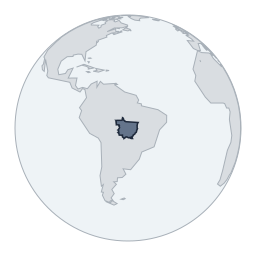 Mato Grosso highlighted on a globe, orthographic projection
{"feature_id": "BRA-602", "entity_name": "Mato Grosso", "entity_type": "State", "adm_level": 1, "iso_a3": "BRA", "parent_name": "Brazil", "parent_adm1": "", "projection": "orthographic", "projection_center": [-55.436, -12.685], "detail": "medium", "context": "on_globe", "style": "filled", "palette": "slate", "viewbox_px": 256, "rotation_deg": 0, "n_neighbors": 0, "source": "natural_earth", "source_scale": "10m", "svg_char_len": 6958}
<svg xmlns="http://www.w3.org/2000/svg" viewBox="0 0 256 256"><circle cx="128" cy="128" r="113" fill="#eef3f6" stroke="#a8b0b8"/><path d="M93.0,20.9L95.4,20.2L97.2,19.8L100.3,19.0L99.7,19.4L102.8,18.5L102.8,18.3L104.2,18.0L106.1,17.6L105.5,17.8L104.5,18.1L105.3,18.0L104.2,18.3L105.8,18.0L104.9,18.6L108.6,17.5L110.2,17.5L108.8,18.1L105.4,18.7L93.7,22.6L91.2,24.0L91.3,25.0L98.9,25.2L97.7,26.7L98.8,28.2L101.1,26.9L101.1,25.3L105.6,23.6L105.1,22.2L106.9,21.4L107.8,20.1L111.5,19.7L114.7,20.2L114.1,21.5L115.4,21.9L119.1,20.4L121.1,22.9L127.6,25.1L127.7,26.1L122.2,27.8L114.3,28.0L107.2,31.6L115.7,28.8L115.8,31.7L117.4,32.2L119.7,32.0L121.2,30.8L122.0,31.9L113.9,34.6L113.0,33.7L115.6,32.7L111.9,33.0L106.4,35.5L106.9,37.1L98.1,40.2L98.4,41.5L96.6,43.1L96.8,40.7L96.2,45.2L86.0,51.7L85.0,60.9L81.8,54.3L78.0,54.1L73.3,55.1L73.0,56.5L67.2,56.7L61.2,61.1L57.8,69.2L58.8,74.7L65.4,73.5L67.9,69.7L73.1,68.1L68.2,78.1L77.0,78.0L75.5,85.5L77.9,89.0L82.6,87.4L87.4,88.7L91.2,84.0L97.1,81.2L96.9,87.2L100.4,81.4L103.5,84.2L115.6,83.4L114.6,84.8L124.7,92.0L136.1,95.3L138.7,100.1L137.3,102.9L141.4,103.9L141.4,105.8L158.0,109.7L166.7,115.4L166.6,122.3L159.6,129.8L154.1,146.8L141.8,152.0L139.3,159.2L130.6,169.7L123.1,168.8L125.9,174.2L122.2,177.5L117.5,177.8L117.2,181.6L113.7,181.8L116.4,184.3L111.8,189.5L114.2,193.6L111.1,197.9L112.9,200.3L111.3,200.3L109.9,201.3L110.2,202.7L105.0,200.6L102.4,195.2L103.4,192.3L101.3,192.0L103.3,184.6L101.4,186.2L100.0,175.6L101.8,166.8L101.0,142.6L98.3,138.1L89.7,133.4L79.2,117.6L81.6,110.6L79.5,107.7L86.5,97.7L84.9,89.5L82.5,88.6L80.0,92.0L72.1,88.0L69.8,82.3L48.4,77.8L46.8,75.6L47.8,71.0L45.6,59.4L44.2,71.4L42.4,69.7L42.0,65.8L43.4,64.2L44.7,58.3L43.9,57.0L47.8,50.1L57.8,40.3L57.3,41.0L59.8,38.8L60.5,38.0L60.3,38.0L62.0,36.7L69.3,31.9L76.9,27.6L84.8,24.0L93.0,20.9ZM83.9,64.3L94.1,67.9L87.8,69.2L89.1,68.1L86.6,66.4L81.8,65.2L76.5,67.1L83.9,64.3ZM89.6,58.4L87.8,58.2L89.7,58.0L89.6,58.4ZM59.9,38.3L60.2,38.1L58.8,39.6L58.2,39.8L59.9,38.3ZM105.7,20.4L106.7,20.3L106.0,20.6L105.7,20.4ZM105.2,20.1L103.6,20.6L103.1,20.5L104.1,20.2L105.2,20.1ZM107.2,19.5L102.4,20.3L101.6,20.3L104.5,19.1L107.2,19.5ZM102.0,18.5L100.3,18.9L102.0,18.5ZM101.3,18.6L100.5,18.8L95.7,20.1L101.3,18.6ZM105.7,17.6L104.6,17.8L103.0,18.2L103.4,18.1L105.7,17.6ZM109.0,17.0L110.0,16.8L106.2,17.5L106.5,17.4L107.8,17.2L109.0,17.0ZM116.2,16.2L114.3,16.4L116.2,16.2ZM115.0,16.1L115.9,16.0L112.0,16.5L115.0,16.1ZM114.0,205.1L105.6,201.5L110.1,203.0L112.4,200.7L117.1,203.6L114.0,205.1ZM121.0,199.2L124.2,198.0L125.2,198.7L123.2,199.7L121.0,199.2ZM212.2,53.2L215.7,57.3L216.6,58.6L211.0,52.1L209.2,50.1L201.2,43.0L203.0,44.9L210.7,51.9L209.7,51.0L212.2,54.2L209.5,51.1L200.6,43.5L198.2,43.5L200.4,50.5L197.9,50.6L193.4,48.5L187.3,40.5L193.6,41.2L191.5,38.9L185.7,35.2L188.1,35.9L186.5,34.6L188.4,35.0L186.7,32.7L188.0,33.1L183.0,29.8L182.9,29.7L185.9,31.6L188.6,33.3L190.4,34.2L198.2,39.9L205.5,46.2L212.2,53.2ZM187.5,32.4L180.2,28.2L179.4,28.0L174.0,25.3L172.3,24.4L180.1,28.1L187.5,32.4ZM235.3,162.1L234.0,165.3L230.8,173.3L229.4,174.9L227.1,179.3L224.1,183.2L220.3,186.2L217.5,184.0L220.0,179.8L222.6,170.7L227.4,150.3L230.9,142.3L231.8,135.5L229.4,119.4L230.1,111.8L228.8,108.0L226.6,108.0L224.7,103.6L223.1,103.0L210.8,103.0L205.3,97.1L194.8,81.2L195.8,75.6L193.0,69.1L197.5,50.7L201.8,52.6L209.1,53.0L210.6,54.1L213.4,58.5L221.8,66.9L220.2,63.7L223.1,67.6L227.2,74.7L230.8,82.0L233.9,89.6L236.4,97.5L238.4,105.4L239.7,113.5L240.5,121.7L240.6,129.9L240.2,138.1L239.2,146.2L237.5,154.2L235.3,162.1ZM199.9,60.1L200.7,62.0L199.9,60.1ZM116.0,83.3L117.4,84.5L115.4,84.6L116.0,83.3ZM86.6,71.6L88.9,71.5L90.0,72.2L88.2,72.7L86.6,71.6ZM106.4,70.1L109.1,70.5L106.2,71.1L106.4,70.1ZM95.7,68.4L104.2,70.1L98.5,72.1L93.2,71.2L97.0,70.4L95.7,68.4ZM88.0,61.6L89.4,61.8L88.8,62.9L88.0,61.6ZM91.0,58.2L90.4,58.4L89.8,57.7L91.0,58.2ZM116.2,31.6L116.9,31.4L119.1,31.4L117.9,31.9L116.2,31.6ZM130.1,29.3L131.2,31.1L129.6,30.0L128.0,30.9L122.8,29.9L127.5,26.5L126.3,28.1L130.1,29.3ZM117.0,28.1L119.8,28.8L116.5,28.2L117.0,28.1ZM175.8,28.4L177.9,29.2L179.3,30.4L177.6,30.9L175.6,29.1L175.8,28.4ZM180.5,30.3L173.7,26.5L174.5,26.3L175.2,27.0L176.4,27.3L177.9,28.5L185.3,32.4L187.0,33.8L183.0,33.4L183.4,32.6L181.3,31.7L180.5,30.3ZM155.0,20.0L152.0,19.2L157.5,19.8L159.6,20.6L158.1,20.8L154.7,20.1L155.0,20.0ZM113.4,17.6L111.9,17.8L112.1,17.7L113.4,17.3L113.4,17.6ZM115.3,16.3L120.0,16.7L118.5,16.9L123.1,17.3L121.0,18.1L118.1,17.7L119.9,18.8L116.5,18.8L118.1,19.6L112.0,18.7L109.0,19.0L113.1,18.3L115.1,17.5L115.1,17.3L112.7,16.9L107.3,17.5L108.4,17.1L110.6,16.7L112.1,16.5L110.9,16.8L113.8,16.3L113.2,16.6L115.3,16.3ZM145.6,16.7L145.9,16.8L145.1,16.7L146.8,17.0L145.4,16.8L148.7,17.5L145.9,17.0L146.5,17.3L148.9,17.6L140.6,18.1L139.3,19.3L139.7,20.7L134.8,20.1L131.3,18.6L129.1,17.1L131.1,16.3L128.5,16.4L128.7,16.1L130.6,16.2L127.8,15.9L128.4,15.7L126.5,15.4L121.9,15.5L121.2,15.6L129.3,15.4L137.5,15.8L145.6,16.7ZM210.2,52.9L210.9,53.4L211.6,53.7L213.2,55.8L210.2,52.9ZM204.2,47.7L204.6,47.6L207.2,50.5L206.4,50.1L204.2,47.7ZM202.5,45.3L204.4,47.4L202.9,46.1L202.5,45.3ZM186.0,31.6L187.0,32.1L188.0,32.8L186.0,31.6ZM219.0,61.6L218.2,60.7L217.8,60.1L218.8,61.4L219.0,61.6Z" fill="#d9dde1" stroke="#a8b0b8" stroke-width="1"/><path d="M122.3,135.2L119.2,135.1L118.9,133.6L118.2,132.8L118.8,132.8L118.8,131.9L118.6,131.7L118.4,131.2L118.6,130.6L118.4,130.3L117.9,130.0L118.6,129.5L118.8,128.8L119.2,128.5L119.6,127.5L119.5,127.2L119.4,126.9L119.3,126.6L119.1,126.5L119.0,126.2L119.0,125.9L119.4,125.5L119.2,125.0L118.6,124.9L118.5,125.0L118.4,124.8L116.3,124.8L116.4,123.7L116.2,123.4L116.1,123.1L116.2,122.6L116.1,122.3L116.3,122.1L116.0,121.5L116.1,121.4L116.1,121.1L116.3,120.7L116.0,120.4L122.0,120.3L122.1,120.2L122.2,119.9L122.2,119.7L122.4,119.3L122.4,119.0L122.3,118.5L122.6,118.1L122.6,117.7L123.0,117.9L123.4,118.9L123.7,119.2L123.6,119.7L123.8,120.3L124.8,120.9L124.8,121.2L125.3,121.3L125.4,121.5L125.6,121.5L126.0,121.7L138.1,122.5L137.7,123.1L137.7,123.4L137.5,123.6L137.5,123.9L137.3,124.1L137.3,124.6L137.3,124.9L137.0,125.7L137.2,126.0L137.2,126.5L137.1,126.8L137.2,127.6L137.1,127.9L137.2,128.0L137.3,128.3L137.5,128.5L137.3,128.8L137.3,129.2L137.2,129.3L136.9,129.7L136.9,130.0L136.7,130.1L136.7,130.8L136.5,131.1L136.5,131.8L136.1,132.5L135.9,132.6L135.6,132.6L135.2,133.0L135.1,133.5L134.9,133.7L134.9,133.8L134.7,134.2L134.4,134.3L134.1,134.4L133.9,134.6L133.5,134.8L133.5,135.0L133.2,135.1L133.2,135.3L133.3,135.4L133.1,135.8L132.5,136.2L132.5,136.6L132.2,137.0L132.1,137.7L132.5,138.5L131.2,138.5L130.7,138.3L130.9,137.9L131.2,137.8L131.3,137.0L131.0,137.1L130.4,137.7L130.0,137.8L129.9,137.6L129.6,137.5L129.3,137.5L129.0,137.8L128.5,137.8L127.8,137.5L127.6,137.2L127.3,137.2L126.7,136.8L126.2,137.1L125.5,137.1L124.9,138.0L124.3,138.2L124.2,138.3L124.2,138.2L123.9,138.1L123.9,137.9L123.6,137.9L123.5,137.5L123.2,137.5L122.5,137.0L122.3,135.9L122.5,135.5L122.5,135.1L122.4,135.1L122.3,135.2Z" fill="#64748b" stroke="#1e293b" stroke-width="1.5"/></svg>